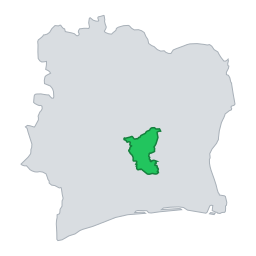 Lacs on a map of Ivory Coast (orthographic projection)
{"feature_id": "CIV-3461", "entity_name": "Lacs", "entity_type": "Department", "adm_level": 1, "iso_a3": "CIV", "parent_name": "Ivory Coast", "parent_adm1": "", "projection": "orthographic", "projection_center": [-5.076, 6.892], "detail": "fine", "context": "in_parent", "style": "filled", "palette": "green", "viewbox_px": 256, "rotation_deg": 0, "n_neighbors": 0, "source": "natural_earth", "source_scale": "10m", "svg_char_len": 6924}
<svg xmlns="http://www.w3.org/2000/svg" viewBox="0 0 256 256"><path d="M43.5,34.9L44.5,34.9L47.2,34.1L49.6,32.4L51.9,28.6L55.0,25.6L58.5,25.9L59.5,25.3L60.7,25.2L62.1,27.2L63.6,28.7L64.6,28.8L65.3,31.6L71.6,32.9L74.3,33.7L76.6,35.7L77.4,35.8L78.3,35.4L79.1,34.6L79.2,33.8L78.3,32.0L78.7,30.3L79.7,28.8L81.3,28.7L83.8,28.3L86.6,28.3L88.7,28.5L89.5,27.0L88.7,22.8L89.0,20.5L89.3,18.5L90.1,17.7L93.2,20.2L96.0,21.1L98.1,21.2L98.7,20.7L97.8,18.0L98.0,17.2L98.8,16.7L100.1,16.5L103.8,15.4L104.1,15.6L104.8,19.8L104.5,21.2L105.2,24.1L106.2,26.8L106.1,27.9L105.3,29.6L104.4,31.1L104.5,31.7L105.9,32.7L108.7,33.8L111.6,34.1L113.2,32.5L114.9,31.2L116.0,30.1L116.4,28.4L118.3,27.2L123.5,25.7L128.3,25.4L129.4,25.9L131.6,28.3L134.3,29.9L138.5,29.7L141.5,30.7L144.2,32.5L145.9,36.5L147.8,39.4L148.7,43.5L151.7,45.6L154.1,46.6L157.3,49.6L160.7,51.1L164.2,50.8L165.8,52.3L168.4,53.4L170.9,53.5L173.2,50.0L176.2,48.7L183.8,45.9L186.8,44.7L189.8,43.9L197.1,43.6L203.9,44.4L207.3,45.0L209.6,44.6L211.8,46.2L214.1,49.6L215.9,50.7L217.8,51.9L219.2,54.6L220.9,57.3L221.8,58.5L223.9,61.1L225.6,61.1L227.3,60.0L228.1,59.1L228.4,60.9L227.7,63.7L227.9,65.5L228.9,66.1L228.4,68.4L226.4,72.3L226.4,74.6L228.4,75.3L229.8,77.7L230.7,81.8L231.6,83.2L231.6,84.0L233.2,94.1L235.0,104.1L233.9,105.4L232.3,105.8L231.3,106.3L231.0,107.2L231.7,108.6L231.3,109.9L229.3,110.7L225.1,114.0L224.8,115.2L223.7,118.0L222.8,119.6L221.4,122.7L219.3,130.9L218.5,137.6L218.4,139.7L217.5,141.2L216.6,143.3L212.0,149.1L209.7,153.8L210.0,155.9L210.1,158.0L209.4,159.4L209.5,163.4L210.1,166.8L211.0,170.1L214.3,179.4L216.1,185.0L217.2,189.5L218.2,192.6L219.1,193.8L219.4,195.0L224.4,195.8L225.4,196.5L226.8,202.4L226.5,205.1L225.5,206.1L225.6,208.4L225.4,211.2L224.7,212.3L221.9,212.5L220.0,213.5L217.5,213.1L217.2,212.4L215.9,212.2L212.2,210.6L212.8,205.5L211.1,205.2L209.8,205.9L207.2,212.1L205.9,213.2L187.5,210.1L183.5,207.5L178.7,206.9L170.3,207.2L163.4,208.0L161.5,209.6L178.9,208.6L180.7,208.8L181.6,209.7L159.6,211.8L151.2,213.0L148.7,212.7L146.8,210.7L137.7,210.5L135.8,211.1L134.7,212.6L138.3,212.3L144.0,212.2L145.5,213.3L127.8,214.7L115.4,217.5L110.2,219.6L93.0,226.3L82.6,229.4L79.8,230.6L75.1,233.9L68.9,235.9L62.1,239.8L57.9,240.6L56.9,239.4L56.8,232.8L56.3,224.0L56.5,220.6L57.1,217.5L57.1,214.8L59.2,213.9L59.8,212.8L60.1,209.3L62.0,206.2L62.1,200.8L62.7,199.7L63.1,198.2L62.3,194.7L61.3,187.9L60.7,187.5L60.3,187.8L59.2,187.9L54.9,185.6L51.6,185.1L49.2,183.1L49.1,180.9L48.0,179.5L47.2,176.9L46.1,173.9L42.8,172.1L39.7,171.6L37.5,172.0L35.0,171.9L32.1,170.9L30.0,169.7L28.1,167.5L26.4,165.7L25.0,165.9L23.2,165.5L21.5,164.7L21.0,164.1L28.1,157.2L30.6,153.8L30.9,151.7L30.9,149.6L31.7,147.4L31.9,144.1L28.1,132.2L27.1,128.4L26.0,127.4L25.4,126.9L27.4,125.4L30.1,125.8L34.3,127.1L35.2,125.9L38.4,119.9L38.4,117.6L38.1,116.1L39.9,112.0L41.4,110.4L42.2,108.6L42.0,106.3L40.9,105.4L39.4,105.6L37.7,105.0L35.0,103.6L33.6,102.4L34.1,96.9L34.4,95.2L35.3,94.3L36.8,94.0L40.9,93.9L44.3,94.5L47.2,94.9L48.8,94.9L50.1,96.5L51.8,98.2L53.3,98.2L53.8,97.0L53.5,91.6L52.5,88.7L50.3,86.0L44.5,83.6L44.3,80.3L45.0,76.8L46.2,75.5L50.6,73.2L49.8,72.0L48.4,70.7L45.7,69.4L46.4,65.1L46.5,61.4L44.2,61.8L41.8,62.0L39.8,60.8L38.2,58.5L37.9,52.1L38.0,44.8L37.7,41.6L38.3,39.9L40.4,38.3L42.7,36.3L43.5,34.9ZM215.1,213.2L214.1,214.6L209.5,213.8L210.6,212.6L215.1,213.2Z" fill="#d9dde1" stroke="#a8b0b8" stroke-width="1"/><path d="M156.8,161.3L155.9,161.5L155.9,161.8L156.0,162.0L156.0,162.3L156.1,162.5L156.2,162.9L156.2,163.1L155.5,163.0L155.3,163.1L155.2,163.3L155.2,163.8L155.0,164.3L154.9,164.7L154.9,165.2L155.0,165.4L155.2,165.5L155.4,165.5L155.5,165.5L155.9,165.3L156.1,165.3L156.6,165.4L156.8,165.6L157.0,165.8L157.2,166.4L157.2,166.7L157.1,166.8L156.9,167.0L157.0,167.3L157.4,167.5L157.4,168.0L157.5,168.2L157.6,168.3L158.0,168.3L158.1,168.5L157.8,168.7L157.9,168.8L158.2,169.1L158.3,169.3L158.2,169.5L158.1,169.8L158.0,170.4L157.9,170.6L157.8,170.8L157.7,170.9L157.3,171.6L157.5,171.8L157.9,171.7L158.1,171.7L158.2,171.8L158.3,172.0L158.4,172.3L158.4,172.5L158.2,172.5L157.3,173.6L156.5,173.9L155.5,174.0L154.4,173.9L154.0,173.8L153.8,173.8L153.5,173.7L153.4,173.6L152.8,173.5L152.3,173.5L152.0,173.5L149.9,174.1L149.5,174.2L148.6,174.2L147.4,174.0L146.8,173.6L141.4,169.2L141.1,169.1L140.9,169.1L140.7,169.1L140.1,169.6L139.4,169.3L138.2,169.8L137.6,169.6L137.0,169.0L136.7,168.4L136.7,167.7L136.7,166.8L136.6,166.6L136.4,166.4L136.2,166.2L136.4,165.9L136.6,165.7L136.7,165.1L136.9,164.6L136.8,164.4L136.4,164.4L135.8,164.2L136.3,163.5L136.6,163.0L136.5,162.4L136.8,161.7L136.4,161.2L135.6,161.0L133.7,161.0L133.3,160.8L133.1,160.1L133.1,159.9L133.2,158.1L133.1,157.3L132.7,156.5L132.4,155.7L132.3,155.4L130.6,153.7L130.2,153.3L130.0,152.6L129.1,151.5L128.8,150.8L128.8,150.1L129.6,149.6L129.8,149.0L129.8,148.4L130.1,147.4L130.2,147.1L130.5,146.7L130.8,146.6L131.3,146.3L131.4,146.2L131.5,146.1L131.5,145.8L130.8,145.6L130.6,145.5L130.4,145.4L130.1,145.2L130.0,144.9L129.9,144.5L129.8,144.2L130.1,143.6L130.3,142.6L130.3,142.3L130.2,142.2L129.2,141.8L129.0,141.7L128.8,141.7L128.4,141.8L128.1,141.9L128.0,142.0L127.8,142.1L127.7,142.1L127.2,142.1L126.7,141.8L126.6,141.6L126.4,141.2L126.4,140.8L126.0,140.5L125.4,140.0L125.1,139.9L124.9,139.9L124.7,139.9L124.3,139.8L124.2,139.6L124.0,139.2L123.9,139.0L123.9,138.9L124.1,138.8L124.3,138.7L124.3,138.3L124.4,138.0L125.4,138.2L126.0,138.1L130.0,137.1L131.5,136.5L131.8,136.5L132.0,136.5L132.3,136.6L132.5,136.8L132.7,137.0L133.4,138.0L134.0,138.7L134.2,138.9L134.5,139.0L134.9,139.1L135.3,139.0L136.4,138.7L136.6,138.7L137.3,138.8L137.5,138.8L137.8,138.6L138.4,137.8L138.7,137.5L139.1,137.3L139.4,137.3L139.7,137.3L139.9,137.2L140.1,137.0L140.5,136.1L141.1,135.4L145.0,133.5L145.4,133.2L145.6,132.9L145.7,132.7L145.9,132.3L146.0,132.1L146.2,131.9L146.4,131.7L146.6,131.5L147.1,131.2L149.1,130.4L149.5,130.2L149.8,129.9L150.3,128.9L151.0,128.2L151.4,128.0L151.9,127.8L154.0,127.7L154.3,127.7L154.5,127.8L155.0,128.1L155.6,128.7L155.8,128.9L156.7,129.0L159.5,128.9L160.4,130.5L160.5,130.7L160.6,131.2L159.2,131.2L158.3,131.5L157.9,131.7L157.3,132.0L157.1,132.4L157.1,132.8L157.9,137.2L157.9,137.6L156.1,143.4L155.8,144.1L155.7,144.4L154.6,146.2L154.2,146.6L154.1,146.8L154.0,147.0L154.4,147.9L154.7,148.8L154.7,149.0L154.6,149.3L154.4,149.8L154.4,150.0L154.4,150.3L154.6,150.8L154.6,151.0L154.6,151.3L154.4,151.5L154.0,151.8L150.8,153.2L150.5,153.2L150.4,153.2L150.1,153.0L149.3,153.5L149.2,153.6L149.2,153.8L149.1,154.6L148.7,156.0L148.8,156.6L149.0,156.7L149.3,156.9L149.6,157.2L149.7,157.4L149.7,157.6L149.5,158.1L149.3,158.6L149.3,159.0L149.8,159.7L150.0,159.8L150.3,159.9L150.4,160.0L150.4,160.4L150.4,160.5L150.2,160.7L150.2,161.0L150.4,161.3L150.6,161.5L150.8,161.6L151.0,161.6L151.3,161.5L151.3,161.3L151.3,161.2L151.5,160.9L152.1,160.9L152.3,160.8L152.4,160.7L152.7,160.5L152.9,160.4L153.0,160.4L153.4,160.3L153.9,160.4L154.1,160.4L154.4,160.4L156.8,161.3Z" fill="#22c55e" stroke="#15803d" stroke-width="1.5"/></svg>